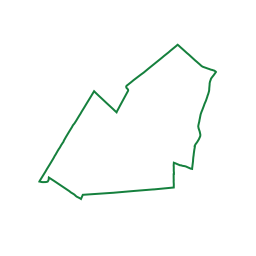 the district of Ciocarlia, Ialomita, Romania, rotated 76°
{"feature_id": "2599482B90086156609266", "entity_name": "Ciocarlia", "entity_type": "district", "adm_level": 2, "iso_a3": "ROU", "parent_name": "Romania", "parent_adm1": "Ialomita", "projection": "natural_earth1", "projection_center": [26.657, 44.793], "detail": "fine", "context": "isolated", "style": "outline", "palette": "green", "viewbox_px": 256, "rotation_deg": 76, "n_neighbors": 0, "source": "geoboundaries", "source_scale": "gbopen_adm2", "svg_char_len": 3105}
<svg xmlns="http://www.w3.org/2000/svg" viewBox="0 0 256 256"><g transform="rotate(76 128 128)"><path d="M187.4,157.3L187.4,157.2L190.5,137.7L193.7,118.3L193.8,118.1L196.8,98.0L195.3,97.6L193.8,97.2L193.3,97.1L192.8,97.0L192.2,96.9L190.3,96.5L189.9,96.3L188.0,95.9L183.9,94.9L183.9,94.6L183.6,94.5L182.9,94.4L182.3,94.2L180.8,94.0L176.4,92.9L175.9,92.9L174.3,92.4L172.8,91.9L173.7,90.6L176.8,86.5L177.0,85.6L177.5,84.9L177.9,84.2L178.3,83.3L178.6,82.5L179.3,81.2L182.6,77.0L183.2,75.7L182.0,75.3L181.3,75.0L179.7,74.4L175.6,72.8L175.1,72.7L174.5,72.5L172.2,71.7L171.0,71.2L170.5,71.0L168.6,70.3L165.1,68.9L163.6,68.2L162.2,67.6L162.0,67.8L161.5,67.6L161.2,67.4L160.6,66.8L160.0,66.3L159.4,65.5L158.2,64.1L156.0,61.9L153.7,60.1L153.2,59.8L152.6,59.6L151.8,59.4L148.7,59.3L147.5,59.4L146.6,59.5L146.0,59.5L145.3,59.6L144.5,59.5L143.7,59.5L143.0,59.3L142.3,59.0L140.9,58.3L139.7,57.7L139.0,57.3L137.8,56.8L135.3,55.6L134.4,55.2L132.3,54.2L130.3,52.9L128.4,51.5L124.8,49.0L123.1,47.9L120.4,45.8L117.0,43.6L115.6,42.8L115.0,42.3L113.3,41.3L111.7,40.4L110.4,39.9L109.3,39.6L105.6,38.3L104.8,38.1L104.5,38.0L103.0,37.3L101.2,36.1L100.4,35.6L100.1,35.4L98.7,33.7L97.8,32.5L96.3,30.7L95.5,29.8L94.9,29.1L94.6,29.2L94.2,29.6L93.6,30.0L93.2,30.4L93.0,30.8L92.6,31.4L91.9,32.5L91.7,33.0L91.1,34.0L90.5,34.8L89.5,36.4L88.6,37.7L87.7,39.1L86.7,40.6L86.1,41.2L85.7,41.6L85.1,42.0L83.0,43.4L81.9,44.2L80.7,45.0L80.2,45.4L79.7,45.7L79.6,45.8L79.1,46.2L71.4,51.3L69.5,52.7L66.5,54.7L63.7,56.6L62.7,57.3L61.5,58.1L60.7,58.6L59.9,59.2L59.3,59.6L59.2,59.7L59.3,59.9L59.9,61.0L61.0,63.3L63.2,68.0L64.4,70.3L66.8,75.6L67.9,77.8L70.0,82.3L75.1,93.3L77.8,98.9L78.0,99.3L79.4,102.8L83.0,111.2L83.7,112.6L84.1,113.5L84.6,114.5L84.9,115.2L85.3,116.1L85.6,116.7L86.0,117.6L86.4,118.6L86.6,118.9L86.7,119.0L86.8,119.2L87.0,119.5L87.3,119.7L87.8,119.8L88.1,119.8L88.5,119.8L88.7,119.7L89.2,119.5L89.7,119.1L90.0,119.0L90.3,118.9L90.7,118.7L91.1,118.7L91.4,118.7L91.6,118.8L92.0,119.0L104.8,130.7L106.6,132.3L109.2,134.7L110.0,135.3L107.6,136.9L106.6,137.5L98.4,142.9L92.8,146.5L89.6,148.6L85.8,151.0L84.1,152.0L84.9,152.8L85.6,153.5L86.1,154.0L89.1,157.0L94.4,162.4L97.8,165.8L101.0,169.1L102.6,170.6L104.4,172.5L105.5,173.6L106.4,174.5L107.2,175.3L108.1,176.2L108.9,177.0L109.6,177.8L110.4,178.6L111.1,179.5L111.5,180.1L112.0,180.7L112.1,180.9L112.5,181.2L113.6,182.2L117.8,186.5L119.4,188.1L122.2,190.9L123.0,191.6L123.9,192.5L124.2,192.8L125.0,193.5L125.3,193.6L126.0,194.2L126.9,195.3L127.5,195.9L128.1,196.6L128.8,197.3L129.7,198.1L130.9,199.3L131.4,199.9L132.0,200.6L132.5,201.0L132.9,201.5L134.0,202.5L135.0,203.5L136.1,204.5L137.3,205.8L138.3,206.7L139.3,207.6L141.1,209.4L144.5,212.8L148.5,216.9L150.2,218.5L158.0,226.5L158.5,226.9L158.7,226.5L159.6,224.7L160.0,223.5L160.6,220.6L160.6,219.3L160.6,219.0L160.0,218.3L159.4,217.8L158.5,217.3L157.5,217.0L157.1,216.9L156.9,216.8L161.5,212.5L168.9,205.8L175.2,200.1L176.6,199.1L177.3,198.4L178.9,196.8L179.7,196.1L181.1,195.2L182.1,194.5L183.9,192.4L184.6,191.6L185.5,190.8L181.9,188.0L186.6,161.7L187.2,158.4L187.4,157.3Z" fill="none" stroke="#15803d" stroke-width="2"/></g></svg>